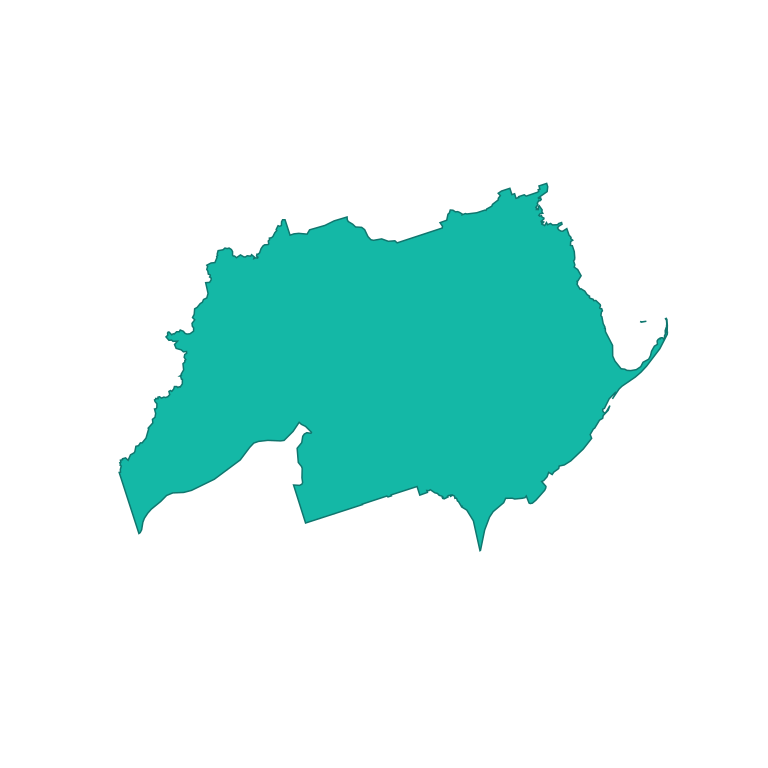 Burdekin, Queensland, Australia (Albers equal-area conic projection), rotated 66°
{"feature_id": "25037944B77283019061987", "entity_name": "Burdekin", "entity_type": "district", "adm_level": 2, "iso_a3": "AUS", "parent_name": "Australia", "parent_adm1": "Queensland", "projection": "albers", "projection_center": [147.381, -19.849], "detail": "fine", "context": "isolated", "style": "filled", "palette": "teal", "viewbox_px": 768, "rotation_deg": 66, "n_neighbors": 0, "source": "geoboundaries", "source_scale": "gbopen_adm2", "svg_char_len": 6169}
<svg xmlns="http://www.w3.org/2000/svg" viewBox="0 0 768 768"><g transform="rotate(66 384 384)"><path d="M308.7,156.1L308.4,159.2L309.1,160.7L307.2,165.4L305.1,166.5L305.0,169.8L302.6,169.9L304.6,172.8L302.2,174.7L301.0,172.2L300.4,172.8L301.1,174.4L299.3,174.3L298.3,170.9L297.5,170.4L295.8,171.7L294.2,171.7L294.1,173.4L292.9,174.0L291.9,172.0L292.6,169.5L290.9,169.7L289.2,168.7L284.3,169.7L284.7,170.7L287.4,172.1L286.6,173.8L285.8,173.0L284.5,173.5L282.6,170.4L281.2,170.5L279.5,168.2L280.1,167.1L279.5,165.4L277.8,165.2L277.6,167.4L276.7,167.3L274.6,156.7L270.4,154.2L266.9,153.8L266.1,161.9L269.4,162.3L269.2,164.1L270.9,164.3L271.3,165.7L270.2,177.7L268.2,178.9L267.6,184.8L268.4,184.9L268.1,187.9L263.3,187.3L263.0,190.1L256.4,189.4L255.5,198.2L256.2,202.1L259.2,201.1L260.8,204.0L262.3,204.8L264.0,211.8L265.4,213.2L265.9,219.1L266.9,220.2L266.2,221.1L265.3,229.6L262.4,239.1L261.4,240.3L261.2,243.7L260.7,243.3L257.8,245.3L256.5,246.6L255.8,248.7L253.3,250.3L252.0,252.7L254.3,254.7L254.9,256.5L259.9,260.1L259.4,267.2L263.6,266.4L265.2,267.4L260.4,314.6L257.6,315.8L255.4,322.0L250.5,327.1L248.5,335.1L246.9,337.3L242.8,338.7L235.1,338.9L231.8,340.7L229.0,346.1L225.3,347.6L221.0,350.6L218.9,350.7L216.4,349.8L214.7,363.2L215.1,373.5L212.9,389.3L215.8,393.3L211.7,400.6L210.2,405.2L209.8,409.3L193.7,407.6L192.7,409.8L194.1,411.6L197.5,413.3L197.5,415.2L196.3,416.4L199.0,419.7L200.2,419.6L201.4,422.2L204.1,425.5L204.6,427.3L204.1,429.4L205.7,429.9L206.3,431.6L209.1,432.3L209.5,433.2L208.3,436.5L208.6,438.3L210.3,441.2L213.6,444.3L214.2,446.4L213.7,447.2L215.2,448.4L216.9,447.6L217.5,448.3L216.5,450.0L216.5,451.9L215.2,450.8L212.0,452.4L213.0,453.8L211.2,456.8L211.6,459.0L210.8,460.4L207.7,462.6L208.6,467.4L206.3,468.5L205.9,469.6L204.6,469.9L201.5,468.5L199.1,468.7L196.8,470.2L196.5,472.2L195.1,474.0L195.9,476.5L194.7,481.3L197.5,483.6L198.7,483.6L199.4,485.0L200.5,485.1L204.3,489.1L203.1,492.8L203.4,497.6L204.9,497.3L207.2,499.3L209.2,499.0L212.2,499.8L213.4,498.5L214.7,498.7L215.3,499.8L217.0,498.8L218.6,499.6L220.2,502.0L218.9,505.7L229.7,507.9L233.3,510.9L233.4,514.5L235.4,516.6L235.8,519.2L238.0,523.5L238.3,526.4L243.2,529.1L245.4,531.9L248.4,530.8L250.5,534.7L253.2,535.6L255.3,535.1L258.3,536.5L259.2,540.9L258.2,543.8L256.7,545.2L254.3,545.8L251.8,548.2L253.0,549.8L251.9,552.2L253.0,555.3L252.4,556.1L252.7,557.9L249.0,559.3L248.8,560.1L249.4,561.0L251.5,561.7L252.3,564.0L256.6,562.7L257.5,560.2L259.2,559.4L260.9,555.2L262.7,559.3L266.9,559.4L270.4,555.3L273.0,554.2L274.0,551.2L275.7,551.8L276.0,554.0L278.3,555.7L281.1,555.2L281.5,556.4L282.9,557.0L283.7,559.4L289.6,561.3L292.6,565.4L293.5,565.4L293.7,567.3L294.1,566.6L297.2,567.1L297.8,566.3L301.9,568.2L303.9,571.5L303.2,572.2L303.4,573.8L302.1,574.3L301.1,576.5L303.0,578.1L304.4,580.9L303.1,581.7L303.3,583.5L306.6,584.1L307.7,586.7L307.5,589.1L306.4,590.4L306.4,593.0L304.3,594.3L304.1,595.9L305.5,596.4L304.4,598.4L305.0,598.6L305.2,600.1L307.0,600.3L309.7,599.5L313.1,601.1L313.9,602.3L313.5,603.8L318.1,604.6L321.3,606.8L322.1,609.9L325.5,611.0L328.4,617.4L329.1,617.1L336.6,623.4L339.4,628.9L338.7,630.5L340.5,633.4L340.0,636.0L344.4,639.1L345.2,640.3L345.6,644.4L349.6,648.8L346.4,650.1L345.9,653.3L346.8,653.7L346.4,655.8L348.3,656.1L348.5,657.4L349.9,657.3L350.9,658.1L352.1,657.4L354.8,659.6L357.4,660.6L357.1,661.9L420.9,668.7L420.6,667.2L418.6,664.7L412.2,660.5L409.2,657.5L406.0,652.5L403.7,647.5L400.5,635.8L397.4,627.9L397.6,621.2L401.6,611.1L402.9,603.1L402.0,577.7L394.9,546.2L387.3,532.5L385.0,527.0L385.4,522.0L388.2,513.1L393.9,501.6L394.9,498.2L390.3,486.3L384.5,477.1L387.2,475.9L390.8,472.9L398.6,469.9L399.3,470.8L397.1,474.3L397.3,477.1L398.7,479.5L404.1,483.0L407.4,489.5L420.8,494.2L425.9,492.9L427.9,493.1L436.3,497.1L440.9,498.4L442.1,499.7L442.3,502.3L439.5,507.7L479.1,512.2L485.4,452.8L484.9,452.8L487.5,427.0L488.8,426.3L489.2,422.7L488.2,422.6L491.1,395.5L500.1,396.5L500.7,388.4L498.7,388.2L499.7,386.5L499.4,384.7L504.1,381.8L505.7,379.7L508.1,378.9L509.9,376.8L511.4,376.1L511.4,376.9L512.4,376.9L513.4,375.7L513.3,372.4L512.7,372.0L513.1,371.5L512.3,371.2L512.1,370.2L512.7,368.8L513.7,368.9L513.6,367.6L512.7,367.8L513.0,366.8L515.1,365.2L517.3,365.7L517.5,364.6L518.5,364.2L520.7,364.5L521.6,363.8L527.3,363.1L527.5,362.5L528.0,363.0L532.8,359.7L545.3,358.0L575.3,364.1L575.2,363.5L558.3,351.4L548.5,341.7L545.0,336.2L541.1,322.9L537.9,319.4L540.5,313.3L542.2,311.4L544.6,304.3L545.2,301.4L544.2,299.6L551.8,299.9L552.7,299.0L553.2,296.9L551.9,292.4L546.5,280.5L544.8,278.5L543.4,277.7L537.2,279.6L537.2,277.4L535.1,272.8L531.7,269.5L535.1,267.2L533.5,264.6L532.3,258.8L530.2,257.3L531.3,252.2L530.2,244.6L524.5,228.5L518.1,216.4L514.0,216.2L510.2,210.9L510.1,209.6L504.7,201.8L504.3,198.2L502.0,196.6L499.2,189.9L495.6,186.4L499.7,192.1L500.5,194.3L498.0,195.2L496.0,194.5L495.9,192.5L489.1,184.3L485.9,176.3L487.2,176.5L490.5,181.4L484.2,171.3L482.8,167.5L479.9,151.7L477.7,144.4L474.5,136.9L464.0,117.7L453.8,105.0L451.4,103.7L452.4,104.9L450.2,104.0L450.9,103.8L445.7,101.3L440.1,99.3L438.8,99.5L438.9,100.3L440.7,100.0L447.5,102.5L444.7,101.7L448.4,103.3L450.3,105.0L446.7,102.8L449.6,105.4L453.0,106.7L453.7,107.9L456.9,109.5L456.7,110.4L455.2,110.6L454.4,112.1L455.0,113.2L454.4,113.4L454.8,115.5L455.8,117.0L459.0,118.1L459.4,121.6L462.9,126.3L466.5,129.0L469.0,132.1L469.5,138.5L472.6,142.4L473.5,147.7L472.1,153.2L470.3,156.6L468.4,158.0L466.5,161.2L457.0,163.7L451.5,163.7L441.7,159.5L426.3,160.4L423.4,159.3L422.7,159.8L422.0,159.0L418.0,159.2L411.2,157.6L409.8,158.1L406.6,156.0L406.0,154.7L403.7,154.5L403.0,155.8L402.2,156.0L400.6,154.4L399.4,154.2L393.9,156.5L393.1,158.5L391.6,158.5L389.4,160.9L388.4,161.2L387.4,160.5L384.9,162.1L380.8,162.8L377.1,165.3L377.1,166.3L371.3,167.1L370.1,166.0L368.7,165.9L368.8,165.1L365.3,159.9L358.3,160.5L354.6,162.7L352.8,161.2L348.5,160.7L348.0,159.4L346.3,158.4L340.4,156.3L334.3,155.7L333.2,157.3L329.8,155.5L329.4,153.1L327.1,154.3L326.1,153.5L323.3,154.4L316.4,153.8L317.1,158.6L316.3,160.2L314.1,161.7L312.0,162.0L310.9,159.9L310.5,156.4L308.7,156.1ZM431.1,124.6L432.2,123.7L433.4,118.8L432.1,123.2L431.1,124.6Z" fill="#14b8a6" stroke="#0f766e" stroke-width="1.5"/></g></svg>